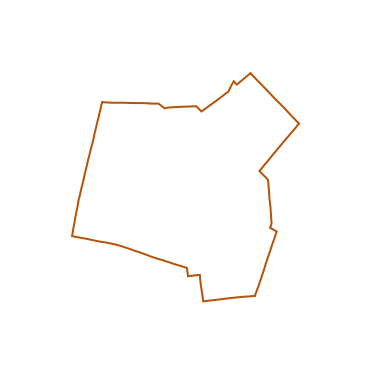 Iecea Mare, Timis, Romania (Albers equal-area conic projection), rotated 62°
{"feature_id": "2599482B39316750962631", "entity_name": "Iecea Mare", "entity_type": "district", "adm_level": 2, "iso_a3": "ROU", "parent_name": "Romania", "parent_adm1": "Timis", "projection": "albers", "projection_center": [20.888, 45.853], "detail": "fine", "context": "isolated", "style": "outline", "palette": "amber", "viewbox_px": 384, "rotation_deg": 62, "n_neighbors": 0, "source": "geoboundaries", "source_scale": "gbopen_adm2", "svg_char_len": 2535}
<svg xmlns="http://www.w3.org/2000/svg" viewBox="0 0 384 384"><g transform="rotate(62 192 192)"><path d="M307.9,197.4L308.3,196.6L309.9,193.0L310.8,191.0L313.7,184.2L313.0,185.1L310.8,182.6L305.9,177.1L302.8,173.8L299.5,170.3L296.6,167.2L295.5,166.1L292.7,163.2L289.9,160.5L287.9,158.4L284.3,154.6L283.9,154.1L282.6,152.7L280.6,150.6L277.4,147.3L275.4,145.1L271.2,140.6L266.9,136.0L266.7,135.7L260.2,139.9L259.6,139.1L259.3,138.6L258.6,138.0L258.1,137.4L257.8,137.1L257.3,136.8L256.7,136.3L256.3,136.2L255.2,135.6L254.3,135.2L253.5,134.9L252.6,134.5L248.2,132.5L245.2,131.2L243.1,130.2L239.8,128.9L237.5,128.0L235.2,127.1L232.6,126.0L231.9,125.7L230.4,125.0L228.4,124.1L226.9,123.4L224.2,122.3L220.3,120.6L219.4,120.2L217.2,119.3L217.0,119.2L216.9,119.2L214.3,119.9L212.2,120.5L208.5,121.7L207.7,121.9L205.2,122.6L204.5,121.1L204.1,120.0L203.0,117.5L201.8,114.7L201.1,112.7L199.6,109.2L193.8,95.2L189.5,84.5L185.2,73.5L181.8,65.4L173.3,67.9L161.6,71.0L155.9,72.7L147.5,75.3L140.4,77.2L133.1,79.3L128.6,80.6L121.5,82.7L114.8,84.5L114.5,84.5L116.0,91.5L118.2,102.1L113.8,103.2L117.0,108.1L118.7,110.4L120.5,112.9L121.1,117.4L121.7,120.7L123.1,129.8L124.6,140.4L125.4,145.8L118.5,147.9L118.3,148.0L118.2,148.1L118.0,148.5L116.5,151.7L111.1,162.8L105.8,174.3L105.8,175.8L104.9,177.1L98.8,179.8L98.3,180.0L95.6,185.0L94.2,187.7L93.9,187.7L91.1,192.5L89.6,195.2L85.6,202.6L83.1,207.0L81.3,210.1L78.2,215.9L75.3,221.3L73.4,224.4L71.3,227.8L70.3,229.0L71.6,230.2L73.4,231.8L73.8,232.1L78.5,236.2L81.3,238.7L87.5,244.3L88.9,245.5L95.4,251.2L96.4,252.1L97.1,252.6L97.6,252.9L99.5,254.7L102.5,257.3L105.6,260.3L109.1,263.4L113.7,267.5L114.2,268.1L115.6,269.3L121.4,274.3L122.8,275.6L129.2,281.2L129.3,281.1L133.9,285.3L136.8,287.9L140.5,291.1L142.4,292.7L144.2,294.4L147.3,297.2L147.5,297.0L152.1,300.7L156.1,304.1L159.3,306.7L160.6,307.8L161.7,308.6L165.7,311.6L165.9,311.8L167.7,313.3L169.7,314.9L170.7,315.6L173.9,318.0L174.6,318.6L175.7,317.3L177.8,314.8L180.2,311.8L182.7,308.5L186.4,304.0L190.8,298.8L192.7,296.4L196.5,291.3L200.6,286.4L203.4,283.1L204.5,281.9L205.3,281.2L207.9,278.6L212.4,274.3L216.9,270.2L218.6,268.6L220.9,266.4L222.9,264.5L228.0,260.0L230.8,257.6L232.4,256.0L235.8,252.7L236.6,251.9L237.0,251.4L238.3,250.0L243.6,245.0L246.6,242.1L247.7,241.1L251.8,236.9L254.4,234.3L256.7,232.2L261.5,233.9L264.5,235.1L266.8,229.1L268.8,224.0L272.3,225.5L278.1,227.8L286.7,230.8L293.8,233.4L296.5,226.6L298.8,220.6L300.6,216.0L302.8,210.2L304.6,205.6L306.2,201.8L307.9,197.4Z" fill="none" stroke="#b45309" stroke-width="2"/></g></svg>